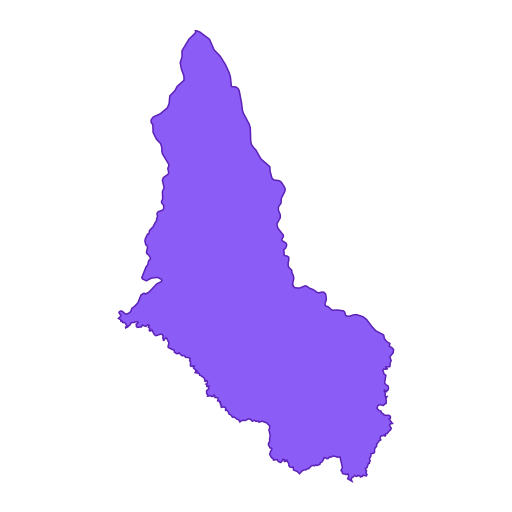 the district of Apiacás, Mato Grosso, Brazil
{"feature_id": "56859067B14827025297108", "entity_name": "Apiacás", "entity_type": "district", "adm_level": 2, "iso_a3": "BRA", "parent_name": "Brazil", "parent_adm1": "Mato Grosso", "projection": "albers", "projection_center": [-57.774, -8.585], "detail": "fine", "context": "isolated", "style": "filled", "palette": "violet", "viewbox_px": 512, "rotation_deg": 0, "n_neighbors": 0, "source": "geoboundaries", "source_scale": "gbopen_adm2", "svg_char_len": 6105}
<svg xmlns="http://www.w3.org/2000/svg" viewBox="0 0 512 512"><path d="M140.9,295.2L137.9,302.8L134.5,306.4L131.8,308.4L130.9,311.1L129.5,312.7L126.5,314.2L124.6,313.4L122.2,311.2L120.5,311.0L119.1,312.0L119.0,312.8L120.7,315.2L120.7,316.2L118.4,318.4L120.6,319.7L120.9,321.3L122.3,321.1L122.6,322.5L125.0,322.7L126.9,326.0L125.6,327.1L125.7,327.9L127.8,326.9L130.2,324.6L131.2,322.7L134.3,322.4L135.5,321.8L137.9,322.0L137.6,323.5L136.2,324.1L136.4,326.6L137.4,327.4L141.5,326.9L142.3,325.1L145.9,326.4L147.4,325.1L148.8,324.9L149.2,325.4L148.3,327.2L149.7,328.2L149.7,329.4L149.2,329.8L149.5,330.9L150.7,331.0L151.8,329.8L154.3,334.6L156.0,335.7L160.7,334.1L162.3,334.6L163.2,336.0L162.8,337.3L163.4,340.2L163.9,340.4L165.5,338.0L166.6,338.0L168.9,342.9L168.0,346.8L168.4,347.5L172.0,349.5L173.6,349.8L174.2,350.4L174.4,352.2L176.7,353.7L178.0,353.6L178.7,352.7L182.1,355.8L183.7,355.4L186.0,357.5L187.0,357.3L190.2,358.2L189.6,360.7L190.5,361.7L190.4,365.6L190.9,366.3L194.2,366.0L193.4,367.4L193.6,368.2L197.0,371.0L195.7,371.3L195.1,372.6L199.1,373.4L199.7,375.3L200.5,375.4L203.9,377.8L204.8,379.6L204.8,381.1L205.4,381.4L206.8,380.6L207.2,381.1L207.4,383.5L206.0,384.1L206.8,384.6L206.8,386.4L208.9,386.1L208.4,387.8L208.8,388.8L206.6,390.7L206.6,393.5L207.8,394.8L207.5,396.2L211.0,395.7L211.5,396.3L212.9,396.6L214.0,395.0L215.2,396.7L215.0,397.5L217.8,397.8L218.2,398.9L217.6,400.8L219.1,401.0L219.6,402.2L220.3,402.0L220.5,404.5L221.4,404.8L221.0,406.2L221.4,407.4L223.0,407.0L225.1,407.3L225.8,408.5L225.4,410.0L225.8,410.5L226.6,410.2L227.2,410.6L228.3,411.8L228.9,413.9L231.2,415.2L232.5,417.3L233.5,417.0L235.3,417.7L236.5,418.9L238.7,419.8L239.9,422.0L241.6,420.5L245.7,420.4L248.1,418.9L250.3,419.2L252.3,421.2L254.5,420.4L256.0,421.4L258.2,421.1L259.0,422.2L261.9,421.2L267.2,423.1L268.0,424.4L269.6,425.5L269.6,428.2L268.9,429.8L270.2,435.7L269.6,438.6L269.6,441.7L268.6,443.0L268.4,444.8L270.1,448.0L271.1,448.0L271.9,448.9L270.5,451.5L269.7,454.4L271.5,457.7L272.8,458.4L273.5,460.1L277.2,459.6L278.2,461.4L280.3,462.5L281.2,462.2L283.1,459.3L283.8,459.4L284.4,461.5L285.9,461.3L286.1,460.0L286.7,460.0L288.9,464.1L288.8,465.6L289.9,467.0L291.3,467.4L293.3,467.2L293.4,469.9L297.2,471.5L299.5,473.7L302.2,470.9L303.8,470.0L306.2,469.8L306.6,469.2L308.9,468.5L311.3,465.9L313.2,465.4L314.4,465.8L315.8,464.9L316.9,465.5L319.8,464.4L320.4,462.8L322.1,461.8L323.7,459.2L324.0,457.7L325.6,457.9L326.7,458.6L328.0,458.6L329.6,457.0L330.9,457.2L332.7,456.1L336.5,456.6L337.1,457.2L340.0,457.0L342.4,467.5L341.0,470.7L342.0,471.3L342.3,473.1L343.3,473.9L345.3,474.0L345.9,474.5L348.1,474.0L348.6,476.6L347.6,478.7L352.0,481.3L351.2,479.3L351.6,477.9L352.9,477.3L354.5,475.4L356.2,476.5L357.7,476.0L358.0,475.3L359.3,475.8L359.8,475.6L360.4,477.0L362.4,476.4L363.0,475.3L366.4,475.9L367.0,474.5L366.1,473.2L366.5,470.7L365.5,469.4L365.6,468.4L367.0,467.6L368.3,463.7L369.4,463.3L369.2,462.6L370.2,460.9L369.6,459.7L369.7,458.0L370.8,456.4L371.1,453.6L373.6,453.3L374.5,452.4L374.6,449.5L375.3,447.4L375.9,447.2L376.7,446.0L376.6,444.4L379.2,440.8L380.8,439.9L380.0,437.8L380.7,436.3L384.4,435.1L384.5,435.8L385.1,436.1L385.7,435.3L385.4,434.2L386.5,433.4L387.2,433.6L389.0,431.1L390.4,430.1L391.3,428.3L389.4,425.1L390.5,423.9L392.5,423.5L389.0,419.0L390.4,418.2L390.4,416.4L389.0,415.3L384.2,415.2L383.6,414.1L381.9,413.1L380.9,411.1L378.9,410.4L376.9,408.2L378.1,405.3L380.4,404.7L383.4,405.5L384.9,403.9L386.1,403.5L386.3,400.7L385.9,398.6L387.0,396.6L385.6,396.9L385.2,396.5L385.2,393.2L384.2,390.4L384.7,390.1L385.5,391.3L386.6,391.7L387.1,390.4L388.2,389.8L388.5,387.8L387.9,385.8L386.5,385.2L384.6,383.1L385.9,375.3L384.2,374.2L382.8,370.2L383.6,369.2L387.0,369.1L387.3,368.7L386.0,367.7L385.8,366.9L389.7,366.7L390.1,365.9L390.1,362.9L391.2,360.7L389.8,356.8L393.2,352.8L393.6,349.7L392.3,348.0L389.3,346.1L389.9,343.5L386.9,341.7L384.5,338.8L383.6,334.9L375.8,330.8L371.5,326.1L366.7,319.6L363.2,316.8L356.5,314.6L353.5,314.9L349.2,316.3L346.8,316.1L345.4,314.9L344.8,312.2L343.5,310.9L337.8,310.0L332.8,310.2L331.5,309.8L328.1,306.7L325.8,306.0L325.1,304.9L325.1,303.0L326.3,300.0L326.2,297.5L325.6,293.9L323.8,292.2L321.6,292.1L319.2,292.8L317.3,292.5L313.4,289.7L309.4,288.1L306.5,286.1L305.2,285.8L299.5,288.1L294.7,287.7L293.0,285.8L293.3,285.2L292.5,284.5L293.8,278.4L293.3,275.5L292.1,273.1L291.7,270.2L289.0,267.5L288.2,265.8L288.2,262.7L288.9,259.4L288.7,257.2L287.1,256.1L284.6,255.5L283.9,254.4L284.2,252.7L283.6,250.2L285.7,247.9L286.7,245.4L286.5,244.0L285.9,243.0L282.1,240.6L281.8,239.2L283.4,236.7L283.4,235.2L278.0,228.3L277.0,225.3L277.1,223.6L280.3,217.7L280.2,214.5L278.4,210.2L278.4,207.1L281.0,203.1L281.3,198.3L284.8,191.5L285.2,189.5L284.9,188.0L282.2,183.4L280.6,181.5L278.8,180.6L273.9,180.0L272.0,178.2L270.0,170.9L270.0,167.9L269.6,166.5L260.9,158.9L255.9,150.0L253.6,147.6L251.4,144.4L250.7,140.8L250.3,127.8L249.2,124.1L243.3,113.1L242.3,109.6L241.6,103.2L239.2,90.6L238.3,88.9L236.9,87.6L235.6,86.9L232.3,86.8L231.4,86.1L230.4,76.8L229.2,72.8L225.4,64.5L220.1,56.1L214.1,49.9L209.5,39.3L200.0,32.1L197.4,31.0L195.4,30.7L195.7,32.0L195.0,33.3L189.1,39.0L182.0,50.7L182.0,57.0L180.2,62.6L181.3,68.8L183.9,75.9L184.0,80.3L177.2,86.3L175.0,90.5L169.8,95.9L169.1,103.5L167.4,107.8L160.2,113.8L153.4,116.9L151.4,119.4L151.0,121.0L151.2,122.5L152.8,124.8L153.1,132.5L156.4,139.2L160.7,143.7L161.9,148.1L161.8,151.2L162.5,154.0L168.5,163.9L168.9,165.6L167.8,168.4L168.7,172.9L168.0,174.3L163.3,177.6L162.4,180.4L164.1,187.6L162.4,191.7L162.7,199.0L161.4,201.6L161.8,203.1L163.6,205.3L163.8,208.3L163.1,209.6L161.9,210.4L158.4,211.6L157.4,212.5L157.0,213.7L157.5,216.6L156.5,219.1L156.6,221.0L155.4,222.2L153.2,226.6L149.5,230.5L149.0,233.4L148.3,234.1L147.6,234.0L145.3,238.7L144.9,241.0L145.8,244.9L147.1,245.8L147.6,247.5L146.6,251.1L146.6,253.4L148.8,255.2L150.4,257.9L150.2,259.4L148.9,260.4L148.3,261.8L147.9,264.5L146.0,266.9L141.8,277.7L142.5,279.0L146.4,280.8L151.5,278.1L157.4,277.4L161.4,279.3L161.8,280.7L160.8,281.9L156.7,283.9L149.4,291.7L145.7,294.0L144.5,293.3L143.1,293.5L140.9,295.2Z" fill="#8b5cf6" stroke="#5b21b6" stroke-width="1.5"/></svg>